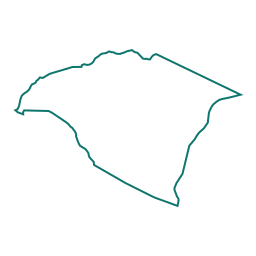 Quixeré, Ceará, Brazil (Mercator projection)
{"feature_id": "56859067B90089990394430", "entity_name": "Quixeré", "entity_type": "district", "adm_level": 2, "iso_a3": "BRA", "parent_name": "Brazil", "parent_adm1": "Ceará", "projection": "mercator", "projection_center": [-37.907, -5.11], "detail": "fine", "context": "isolated", "style": "outline", "palette": "teal", "viewbox_px": 256, "rotation_deg": 0, "n_neighbors": 0, "source": "geoboundaries", "source_scale": "gbopen_adm2", "svg_char_len": 1439}
<svg xmlns="http://www.w3.org/2000/svg" viewBox="0 0 256 256"><path d="M156.2,54.1L153.7,55.0L151.9,56.6L150.0,59.4L148.1,59.3L146.6,58.8L144.8,58.9L142.9,58.6L137.5,52.8L134.5,52.0L132.0,50.1L129.0,50.8L126.9,51.3L124.1,52.6L122.1,53.1L120.3,53.9L117.9,53.9L115.5,53.4L113.9,52.4L111.4,52.2L109.0,51.4L106.3,53.0L104.2,53.3L101.6,53.8L99.9,55.0L98.5,56.3L96.8,57.3L95.0,58.6L94.2,60.1L93.4,61.7L92.0,63.1L90.1,64.3L88.5,64.8L86.7,64.9L84.2,64.2L81.8,65.2L81.5,66.9L72.2,67.0L70.5,67.6L56.8,71.7L54.0,72.5L49.5,73.9L42.9,77.9L39.8,77.5L37.9,79.8L36.5,80.8L35.6,82.6L34.0,83.6L32.1,84.3L30.9,85.9L29.6,88.8L28.0,90.7L26.6,92.0L24.9,92.9L23.3,94.2L21.8,95.7L21.1,97.4L20.2,100.3L19.6,103.3L19.1,106.0L17.5,109.3L15.4,110.2L17.8,112.3L23.2,114.3L23.1,112.2L24.2,110.4L48.6,111.0L51.5,112.5L53.3,113.6L66.8,122.7L68.7,124.4L70.4,126.6L72.4,128.0L73.6,129.8L75.0,131.6L76.1,134.0L76.1,136.5L77.1,139.2L77.8,141.2L78.7,143.3L79.9,145.6L82.1,147.1L83.9,148.1L85.5,149.1L87.2,151.3L88.4,153.1L88.8,155.4L89.4,157.1L91.0,159.0L93.7,161.9L94.1,165.0L125.6,183.1L149.2,194.9L154.5,197.5L177.5,205.9L178.6,200.5L178.4,198.7L177.1,196.7L176.3,194.7L175.6,192.8L174.5,190.0L174.5,187.9L176.5,183.1L182.5,173.8L189.3,145.7L194.7,139.3L196.8,135.7L199.1,132.6L203.9,128.3L207.8,122.6L208.9,113.0L209.6,110.8L211.7,106.6L213.1,104.6L216.3,101.9L218.9,100.1L221.3,99.2L230.0,97.4L240.6,94.7L156.2,54.1Z" fill="none" stroke="#0f766e" stroke-width="2"/></svg>